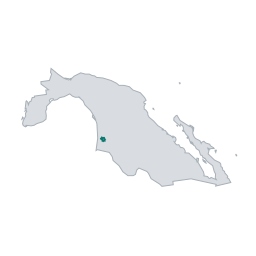 Cruillas, Tamaulipas, Mexico (highlighted), rotated 172°
{"feature_id": "50627088B28720868594108", "entity_name": "Cruillas", "entity_type": "district", "adm_level": 2, "iso_a3": "MEX", "parent_name": "Mexico", "parent_adm1": "Tamaulipas", "projection": "robinson", "projection_center": [-98.359, 24.655], "detail": "fine", "context": "in_parent", "style": "filled", "palette": "teal", "viewbox_px": 256, "rotation_deg": 172, "n_neighbors": 0, "source": "geoboundaries", "source_scale": "gbopen_adm2", "svg_char_len": 4529}
<svg xmlns="http://www.w3.org/2000/svg" viewBox="0 0 256 256"><g transform="rotate(172 128 128)"><path d="M33.8,59.7L49.3,58.3L48.5,59.9L72.7,68.9L91.0,68.9L91.1,65.5L102.5,65.5L104.4,68.0L112.2,74.6L114.0,80.2L115.4,82.4L122.8,86.8L125.2,85.1L127.1,81.0L129.4,80.1L134.7,80.8L139.2,85.4L142.1,91.9L147.3,97.9L147.6,101.7L149.9,106.4L161.3,110.8L162.8,110.1L159.4,122.2L158.2,136.6L158.8,139.7L161.7,143.9L161.1,146.1L161.3,143.8L158.8,140.3L159.6,143.6L162.6,150.4L167.5,156.9L168.6,160.9L172.0,165.0L171.1,164.9L173.0,165.9L172.4,165.3L176.0,165.8L178.6,167.3L180.9,169.9L186.9,167.9L191.4,167.6L194.3,166.0L197.4,165.7L198.0,166.3L197.8,167.2L200.4,167.7L202.1,166.4L201.6,164.3L200.8,164.8L201.0,164.4L205.6,160.8L205.9,157.9L207.2,156.3L207.2,151.6L208.0,148.1L211.5,146.1L217.8,145.0L220.5,143.8L223.5,143.6L228.6,144.8L229.0,144.0L227.7,144.0L229.4,143.4L231.4,145.0L231.8,147.0L230.8,149.8L227.6,154.1L227.5,156.9L225.9,158.6L226.2,159.3L227.7,159.1L226.1,160.8L226.2,161.6L227.2,161.3L225.3,168.5L224.8,169.1L223.7,167.5L223.4,164.8L222.0,167.6L220.5,167.8L218.6,171.5L216.4,171.4L216.3,172.6L204.1,172.6L204.1,177.0L201.3,176.9L208.0,183.6L207.8,186.0L199.2,186.0L196.1,192.1L197.0,193.7L195.9,197.7L189.6,190.8L184.6,186.2L181.5,184.4L181.2,184.8L184.0,186.4L179.6,185.0L179.9,183.9L178.7,184.4L178.0,183.4L177.2,184.4L178.7,185.0L176.4,185.2L174.2,186.8L167.2,189.2L162.7,187.3L158.9,186.8L156.3,185.0L153.7,184.2L152.1,182.5L145.9,181.0L138.2,177.4L133.1,173.9L131.0,171.5L125.8,170.7L120.9,168.7L117.8,164.9L110.9,161.2L107.4,156.0L106.2,152.9L108.9,151.4L108.5,150.1L107.3,149.7L109.1,147.3L109.3,144.4L107.9,143.4L106.4,140.6L106.5,138.0L105.6,135.7L101.6,131.3L98.1,126.1L92.7,121.5L94.3,122.4L94.4,121.4L91.5,120.4L89.4,116.9L90.9,117.0L86.7,114.5L86.1,113.4L84.5,113.8L84.3,113.3L85.5,111.9L83.4,112.9L82.2,111.9L82.0,109.6L83.5,107.5L84.1,107.9L83.1,105.7L81.8,104.4L80.0,104.4L78.8,101.5L76.6,100.9L75.4,99.7L74.5,97.1L75.1,95.5L71.3,94.7L64.7,86.6L64.4,84.7L63.4,84.1L59.4,74.1L59.1,71.1L59.6,70.1L55.9,68.8L55.1,67.2L53.9,66.6L52.6,67.5L47.7,64.5L48.5,66.5L47.7,70.2L48.7,73.2L49.4,78.9L54.4,84.0L56.0,87.3L56.8,87.2L57.1,88.2L57.9,88.3L58.5,90.5L60.0,91.2L60.7,95.8L63.3,98.1L64.1,100.7L65.3,101.5L66.1,104.6L67.2,105.4L66.6,103.1L68.1,104.4L69.7,111.4L71.3,113.4L73.5,118.5L73.1,120.6L73.6,122.5L75.5,124.4L76.2,122.5L81.6,129.2L81.1,131.6L78.9,133.4L77.7,133.7L75.4,128.2L66.8,120.9L66.0,121.0L64.3,118.7L64.0,117.2L64.6,113.7L63.9,110.5L62.6,108.2L58.5,105.3L57.7,102.5L56.9,103.7L54.7,104.3L53.2,102.4L49.3,100.5L48.8,98.8L45.9,96.5L45.6,95.7L48.7,96.1L50.5,95.4L50.4,96.2L51.9,97.0L51.4,95.1L50.7,95.0L52.3,91.2L46.7,84.1L42.0,81.0L41.2,79.4L41.3,76.8L40.2,75.9L39.9,72.9L38.5,71.7L38.3,69.9L36.4,67.1L36.0,65.8L36.7,64.9L35.3,63.8L33.8,59.7ZM64.5,86.7L63.9,88.6L62.4,88.0L63.1,85.2L64.0,84.9L64.5,86.7ZM58.3,86.4L56.1,84.4L55.6,82.4L56.7,83.1L56.9,84.2L58.0,84.5L58.3,86.4ZM230.8,153.5L230.3,152.9L230.5,152.1L231.9,151.4L230.8,153.5ZM64.4,121.0L62.8,119.1L63.8,115.3L63.5,118.7L64.4,121.0ZM44.8,93.9L43.6,93.7L44.5,91.6L45.0,93.1L44.8,93.9ZM25.0,87.2L24.1,85.9L24.3,85.3L24.7,85.4L25.0,87.2ZM65.7,121.0L66.6,122.5L64.7,121.1L65.7,121.0ZM100.7,143.5L100.5,144.1L100.0,143.9L99.8,142.8L100.7,143.5ZM74.1,117.2L74.4,118.3L73.4,116.9L74.1,117.2ZM70.4,109.5L71.0,110.0L70.1,111.1L70.4,109.5ZM71.0,165.5L70.6,165.7L70.0,165.2L70.5,164.6L71.0,165.5ZM199.6,165.8L198.5,166.0L200.3,165.4L199.6,165.8ZM79.3,123.8L78.7,123.6L78.6,122.5L79.3,123.8Z" fill="#d9dde1" stroke="#a8b0b8" stroke-width="1"/><path d="M152.5,119.5L152.8,119.6L152.8,120.0L152.6,120.3L152.6,120.5L152.9,120.8L152.9,121.1L152.8,121.3L152.9,121.6L153.0,121.6L153.3,121.6L153.5,121.6L153.8,121.7L154.1,121.6L154.4,121.6L154.5,121.7L154.4,121.8L154.5,121.8L154.8,121.8L154.7,121.9L154.8,122.0L154.8,121.8L154.9,121.7L155.0,121.7L155.0,121.8L155.5,122.0L155.6,121.9L155.8,121.8L155.9,121.7L156.0,121.6L156.3,121.5L156.5,121.3L156.4,121.0L156.3,120.8L156.2,120.8L156.1,120.7L155.9,120.6L155.7,120.4L155.6,120.5L155.4,120.5L155.2,120.5L155.2,120.4L155.1,120.2L155.3,120.0L155.3,119.9L155.2,119.8L155.2,119.7L155.1,119.8L155.1,119.7L155.1,119.4L155.1,119.2L155.0,118.9L154.9,118.9L154.9,118.7L154.9,118.8L154.8,118.7L154.7,118.5L154.6,118.4L154.5,118.5L154.4,118.3L154.2,118.4L154.0,118.5L153.9,118.5L154.0,118.6L153.9,118.7L153.7,118.6L153.4,118.6L153.5,118.7L153.4,118.7L153.2,118.7L153.2,118.8L153.3,118.9L153.2,118.9L153.1,119.0L152.8,119.2L152.7,119.2L152.7,119.3L152.5,119.5Z" fill="#14b8a6" stroke="#0f766e" stroke-width="1.5"/></g></svg>